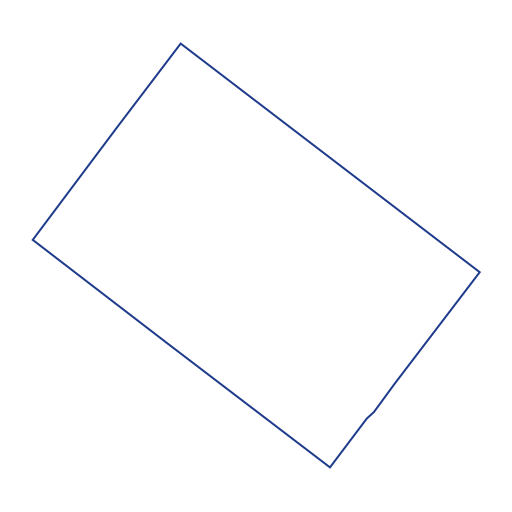 the district of Elk, Kansas, United States of America, rotated 37°
{"feature_id": "52423323B41715625130012", "entity_name": "Elk", "entity_type": "district", "adm_level": 2, "iso_a3": "USA", "parent_name": "United States of America", "parent_adm1": "Kansas", "projection": "robinson", "projection_center": [-96.163, 37.453], "detail": "fine", "context": "isolated", "style": "outline", "palette": "blue", "viewbox_px": 512, "rotation_deg": 37, "n_neighbors": 0, "source": "geoboundaries", "source_scale": "gbopen_adm2", "svg_char_len": 282}
<svg xmlns="http://www.w3.org/2000/svg" viewBox="0 0 512 512"><g transform="rotate(37 256 256)"><path d="M442.3,380.3L442.3,319.0L444.1,309.7L443.6,274.5L444.4,134.3L68.0,131.7L67.6,237.2L68.0,377.5L236.6,379.1L442.3,380.3Z" fill="none" stroke="#1e3a8a" stroke-width="2"/></g></svg>